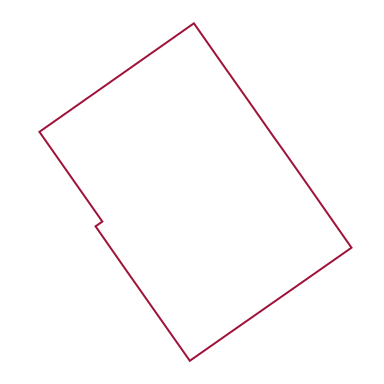 Mower, Minnesota, United States of America, rotated 235°
{"feature_id": "52423323B52141810404240", "entity_name": "Mower", "entity_type": "district", "adm_level": 2, "iso_a3": "USA", "parent_name": "United States of America", "parent_adm1": "Minnesota", "projection": "robinson", "projection_center": [-92.779, 43.674], "detail": "fine", "context": "isolated", "style": "outline", "palette": "rose", "viewbox_px": 384, "rotation_deg": 235, "n_neighbors": 0, "source": "geoboundaries", "source_scale": "gbopen_adm2", "svg_char_len": 453}
<svg xmlns="http://www.w3.org/2000/svg" viewBox="0 0 384 384"><g transform="rotate(235 192 192)"><path d="M219.2,93.3L169.1,93.2L109.5,93.3L56.6,93.4L55.0,93.4L55.0,142.9L54.9,241.4L54.9,290.7L66.2,290.7L73.8,290.7L136.6,290.8L173.2,290.7L190.6,290.5L211.1,290.5L217.7,290.5L219.4,290.5L226.9,290.5L235.7,290.5L237.6,290.5L281.5,290.3L322.0,290.3L329.1,290.3L328.8,101.5L219.2,101.6L219.2,93.3Z" fill="none" stroke="#9f1239" stroke-width="2"/></g></svg>